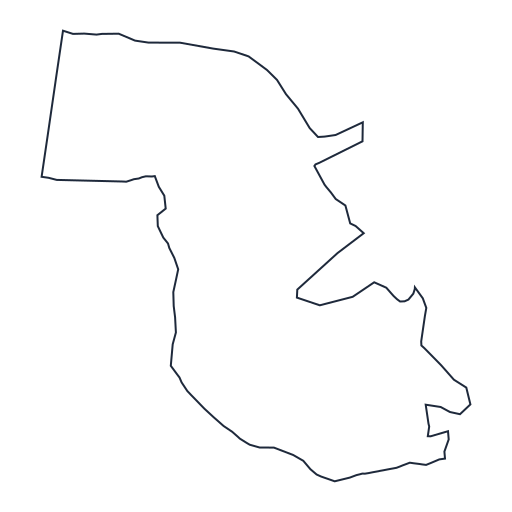 outline of Ohaji/Egbema, Imo, Nigeria
{"feature_id": "59680162B99262810585367", "entity_name": "Ohaji/Egbema", "entity_type": "district", "adm_level": 2, "iso_a3": "NGA", "parent_name": "Nigeria", "parent_adm1": "Imo", "projection": "mercator", "projection_center": [6.865, 5.422], "detail": "fine", "context": "isolated", "style": "outline", "palette": "slate", "viewbox_px": 512, "rotation_deg": 0, "n_neighbors": 0, "source": "geoboundaries", "source_scale": "gbopen_adm2", "svg_char_len": 2068}
<svg xmlns="http://www.w3.org/2000/svg" viewBox="0 0 512 512"><path d="M238.0,436.9L239.8,438.6L246.5,442.8L249.7,444.7L253.2,445.7L257.1,446.8L259.6,447.5L273.9,447.6L293.2,455.0L303.3,460.8L307.7,466.0L310.4,469.2L316.6,474.5L321.0,476.5L324.4,477.7L327.9,478.9L334.7,481.3L349.8,477.6L353.8,476.1L356.5,475.1L359.8,474.3L362.3,473.6L363.0,473.6L364.8,473.7L368.5,473.1L373.0,472.2L378.6,471.2L379.8,470.9L383.2,470.3L387.3,469.5L390.5,468.9L393.3,468.4L396.5,467.8L400.2,466.4L402.6,465.4L405.3,464.4L409.8,462.7L413.9,463.3L417.2,463.7L419.6,464.0L422.1,464.4L426.1,464.9L430.8,463.0L433.4,461.9L439.3,459.4L442.1,459.0L445.0,458.6L444.4,451.6L448.7,439.4L448.0,431.2L430.6,436.3L427.8,436.2L429.2,426.5L428.5,423.7L425.7,404.7L440.7,407.0L449.9,412.0L460.0,414.2L470.4,404.4L466.3,387.6L453.9,379.7L441.1,365.2L424.3,348.1L421.4,345.5L421.2,341.4L424.9,316.0L426.3,307.9L422.8,298.3L414.9,287.4L414.8,289.0L413.3,293.7L408.4,299.6L404.6,301.3L400.1,301.5L397.0,299.2L393.6,296.0L391.2,293.3L386.3,287.7L374.2,282.3L352.7,296.8L319.8,305.3L296.9,297.6L297.3,289.6L337.5,253.1L363.7,233.2L355.6,226.0L350.2,223.4L345.4,205.5L335.7,199.0L331.0,192.6L326.4,187.1L324.5,184.6L314.4,166.0L315.5,164.4L319.1,162.9L362.5,141.3L362.8,122.3L335.6,135.0L324.6,136.6L318.0,137.0L309.7,128.1L298.0,108.7L286.0,94.2L277.0,79.9L267.0,70.0L248.6,56.4L234.1,51.5L213.2,48.6L180.1,42.7L148.5,42.6L135.0,40.6L118.7,33.7L101.9,33.9L96.5,34.6L84.3,33.6L73.0,33.9L63.0,30.7L55.9,78.9L55.2,83.8L47.3,138.1L41.6,176.8L48.6,177.8L56.7,179.9L122.3,181.5L126.3,181.7L131.0,180.2L133.9,179.2L138.8,178.5L142.0,177.2L145.9,176.3L149.5,176.4L151.9,176.5L154.8,176.1L158.8,186.8L164.3,195.7L165.7,208.6L157.4,215.2L157.8,226.1L159.7,230.1L163.3,237.6L168.0,243.5L169.3,248.0L174.3,257.9L178.2,269.3L176.1,279.2L173.3,292.1L173.7,305.9L173.7,306.0L175.1,317.4L175.9,332.5L172.7,344.3L170.8,365.8L177.0,374.2L179.5,377.5L181.6,382.4L187.3,391.0L190.8,394.7L194.8,398.8L204.4,408.7L212.1,415.8L213.5,417.1L223.6,426.0L232.2,431.8L238.0,436.9Z" fill="none" stroke="#1e293b" stroke-width="2"/></svg>